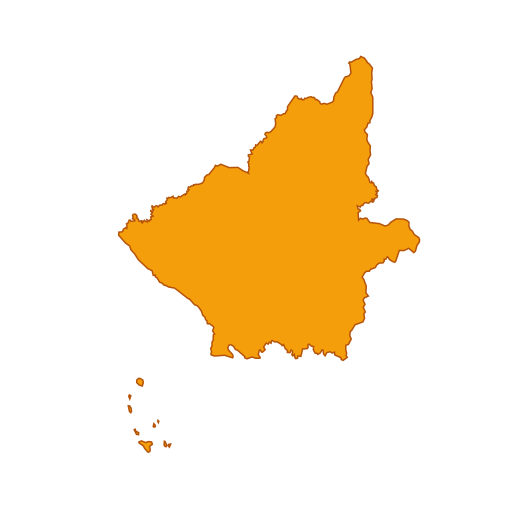 Sinjai, Sulawesi Selatan, Indonesia, rotated 155°
{"feature_id": "22746128B62270956264702", "entity_name": "Sinjai", "entity_type": "district", "adm_level": 2, "iso_a3": "IDN", "parent_name": "Indonesia", "parent_adm1": "Sulawesi Selatan", "projection": "natural_earth1", "projection_center": [120.178, -5.197], "detail": "fine", "context": "isolated", "style": "filled", "palette": "amber", "viewbox_px": 512, "rotation_deg": 155, "n_neighbors": 0, "source": "geoboundaries", "source_scale": "gbopen_adm2", "svg_char_len": 6151}
<svg xmlns="http://www.w3.org/2000/svg" viewBox="0 0 512 512"><g transform="rotate(155 256 256)"><path d="M90.4,391.7L89.9,390.8L90.3,388.6L92.7,381.6L95.8,379.9L99.3,380.6L100.8,379.9L112.7,370.4L115.0,370.0L118.2,367.2L120.1,363.9L122.1,363.2L127.7,363.6L129.6,365.5L132.6,366.0L133.3,367.1L133.1,369.0L134.8,372.2L136.1,372.6L136.0,374.5L136.7,375.5L137.8,375.7L138.8,377.1L142.2,377.8L143.9,377.4L145.2,378.4L146.6,377.4L148.2,378.2L148.3,379.7L149.5,379.4L151.1,380.6L151.4,383.6L153.1,384.6L164.2,378.1L165.9,374.9L166.9,374.8L169.3,372.7L170.8,373.3L173.9,372.9L176.4,374.8L178.1,374.7L178.8,372.8L180.6,372.4L182.4,367.3L184.2,364.9L190.0,362.4L192.8,362.5L193.9,363.6L195.7,363.4L196.5,362.4L195.8,360.1L196.3,358.7L199.6,358.9L202.0,356.1L202.8,356.0L202.9,357.6L203.5,358.1L208.4,355.8L209.3,356.8L210.8,354.8L212.0,355.0L213.8,353.4L216.2,354.4L216.4,350.0L220.2,350.9L220.8,349.5L220.1,348.5L222.2,345.0L223.7,344.6L223.6,342.5L224.6,340.8L224.6,339.5L226.7,336.2L227.8,335.6L227.8,334.2L231.6,338.5L235.0,344.0L242.9,347.4L249.1,354.0L252.8,353.7L254.5,355.3L256.6,353.5L264.3,349.8L266.2,350.2L269.3,349.1L271.1,346.4L273.7,344.8L277.8,345.2L280.6,346.5L281.9,346.3L282.4,347.0L283.3,346.3L285.1,346.8L286.7,346.3L288.0,347.1L289.6,345.2L288.8,344.3L290.0,343.6L291.3,343.9L291.9,342.5L292.8,341.8L293.6,342.2L294.3,341.3L294.9,342.2L299.6,341.5L300.9,342.8L303.0,341.8L306.4,343.7L305.9,345.2L308.8,345.0L310.5,346.0L311.4,345.5L312.3,346.1L312.6,344.5L315.0,343.3L315.0,341.8L315.7,342.2L316.4,341.4L318.0,342.7L319.6,341.8L321.4,342.8L324.1,341.9L324.2,342.9L325.5,343.8L327.9,343.2L328.8,345.2L329.3,345.3L330.1,342.1L329.1,341.4L330.8,340.2L332.2,341.6L332.5,340.7L331.6,339.1L333.6,338.1L332.4,335.7L334.9,335.9L335.5,333.4L336.7,333.6L337.8,332.7L339.5,334.9L340.0,332.8L341.4,333.8L342.1,335.6L345.2,334.0L345.5,334.9L344.6,335.2L344.5,336.2L347.3,336.9L347.2,340.1L348.2,341.1L347.1,342.1L347.0,343.3L347.7,345.0L349.7,345.6L350.8,344.8L350.8,343.4L352.2,342.0L350.7,340.3L351.0,339.1L354.6,340.2L354.8,341.7L355.8,342.1L358.0,340.0L359.8,339.9L360.0,338.2L360.8,336.7L361.6,336.8L361.6,335.8L362.6,336.6L365.0,336.3L366.0,334.9L367.2,334.5L370.2,335.6L371.7,332.8L368.7,322.7L366.3,318.5L366.7,314.5L365.1,309.3L364.2,302.4L359.3,290.1L356.4,286.6L357.3,281.8L355.3,281.2L356.0,279.7L354.9,278.0L354.4,273.0L352.8,271.4L351.4,268.1L350.1,267.4L348.3,264.8L343.3,261.3L335.4,245.8L334.6,245.6L332.3,237.8L330.5,236.1L329.6,233.9L328.8,229.1L329.3,224.6L328.1,222.2L328.6,219.6L327.8,217.9L328.7,215.4L328.1,214.6L326.9,214.7L324.4,209.9L324.5,209.0L327.0,206.4L326.5,202.8L327.9,202.7L330.5,197.7L332.3,196.5L333.9,193.1L336.1,191.4L336.9,187.6L338.3,186.3L338.3,185.2L335.9,182.9L326.4,179.3L320.2,173.6L319.2,174.6L318.9,176.7L320.6,182.2L320.5,184.6L318.2,186.7L316.1,186.1L314.5,183.6L314.2,180.0L312.6,178.5L308.8,169.8L309.1,168.2L307.5,166.6L302.3,166.2L299.6,163.5L295.6,161.7L295.1,162.5L295.6,165.7L292.8,169.3L291.9,169.1L291.5,166.5L290.7,166.1L287.3,167.2L287.6,170.2L284.3,172.4L283.3,172.6L282.3,171.0L280.5,172.2L279.2,170.6L278.0,172.5L277.0,172.5L275.2,170.1L273.1,169.3L270.4,165.1L270.2,163.7L268.5,164.1L268.6,159.5L267.4,157.1L268.3,155.3L265.9,154.1L264.1,155.9L263.3,155.3L263.3,153.5L265.2,151.5L264.9,150.0L262.9,150.7L263.7,147.3L263.3,146.1L261.5,145.8L260.2,147.8L257.8,146.0L253.1,152.0L248.6,150.4L247.5,151.0L246.4,153.6L245.3,153.9L243.8,150.8L242.1,149.7L243.7,146.7L243.4,142.9L241.7,142.0L241.6,140.7L238.9,140.9L235.9,143.0L235.0,142.4L236.2,138.6L235.6,136.3L232.5,138.6L229.1,137.8L228.0,135.8L225.5,135.7L226.4,133.0L222.1,128.1L222.5,126.1L221.1,124.6L216.1,125.6L216.4,127.8L215.0,129.5L214.2,133.2L212.3,137.1L209.6,136.8L204.8,140.5L204.7,144.2L202.4,147.8L201.0,148.0L195.3,151.8L187.0,151.1L184.0,153.6L182.7,158.0L180.6,159.1L180.4,164.3L177.6,166.1L177.7,169.8L177.0,171.3L175.5,172.3L171.1,172.2L172.0,176.2L168.8,182.0L168.2,189.2L168.8,191.9L164.9,194.7L162.4,195.5L159.6,194.3L158.0,195.5L152.7,195.1L150.3,196.9L147.3,197.5L143.8,196.1L141.8,197.3L141.2,199.0L139.6,198.2L137.6,199.7L137.0,199.6L136.5,196.3L134.6,193.3L133.0,191.8L131.9,191.9L123.7,200.5L119.7,198.4L114.3,198.4L111.6,192.4L109.5,193.0L105.6,197.6L102.2,199.5L100.8,201.8L100.7,203.9L103.5,208.5L103.8,212.4L105.0,215.1L104.8,218.5L103.1,222.0L103.9,224.0L106.5,227.0L113.3,230.4L119.3,229.7L123.2,228.2L126.3,228.6L130.5,233.2L138.7,238.3L139.6,243.4L141.3,244.3L143.7,244.4L145.4,246.1L147.9,245.1L145.1,252.2L142.2,252.7L142.3,254.5L143.4,255.0L143.6,256.1L143.0,258.7L140.8,256.3L139.3,257.3L137.7,256.7L136.9,257.7L134.6,258.3L131.5,256.3L128.5,257.1L127.6,255.6L126.6,255.5L125.8,256.5L127.1,257.9L126.7,258.7L124.7,257.2L123.6,258.3L121.6,257.9L120.3,259.7L121.6,261.0L119.8,261.7L119.9,263.8L118.5,263.0L117.6,263.4L118.5,265.4L117.8,267.7L119.0,270.0L118.6,272.5L119.6,273.0L119.6,274.6L120.9,273.7L121.6,274.6L121.0,279.8L122.0,283.0L121.9,284.7L117.5,290.3L114.5,291.9L113.5,296.1L109.4,299.2L108.4,302.7L105.9,307.3L106.6,312.6L106.2,315.1L103.7,318.9L104.8,322.5L104.5,324.5L101.0,326.1L98.5,329.0L96.5,328.6L95.3,330.8L92.2,333.1L89.8,336.0L83.1,350.4L82.9,355.5L80.0,358.7L77.6,365.5L76.2,366.9L73.8,373.0L71.1,377.1L72.2,382.4L73.5,384.5L73.2,385.4L74.2,389.7L76.8,392.6L78.3,391.5L80.1,391.3L81.8,391.9L87.8,391.4L89.0,392.3L90.4,391.7ZM438.3,128.9L436.8,123.8L434.9,123.6L433.7,125.3L432.9,128.4L429.5,129.2L429.2,131.6L431.9,133.3L434.8,133.5L438.0,136.9L440.8,136.9L440.9,135.8L438.3,131.5L438.3,128.9ZM414.3,194.7L416.6,193.9L417.6,191.6L416.5,188.6L414.0,186.2L411.7,188.8L411.0,191.4L412.9,194.2L414.3,194.7ZM435.1,174.2L436.4,168.5L435.7,166.9L434.4,167.9L433.5,171.2L433.9,173.6L435.1,174.2ZM439.8,150.1L439.7,144.9L438.0,143.7L437.0,145.5L439.0,148.1L438.7,150.1L439.8,150.1ZM417.7,121.2L416.8,122.7L416.9,126.6L417.4,126.9L419.2,123.3L418.9,121.7L417.7,121.2ZM419.4,147.2L421.2,145.0L420.9,144.1L419.6,143.8L418.8,144.9L419.4,147.2ZM414.6,122.2L415.7,121.5L415.3,119.4L412.8,121.6L414.6,122.2ZM429.5,183.6L430.7,182.6L430.8,179.8L428.5,182.3L429.5,183.6ZM414.3,148.4L414.9,147.6L414.9,146.3L413.9,147.3L414.3,148.4Z" fill="#f59e0b" stroke="#b45309" stroke-width="1.5"/></g></svg>